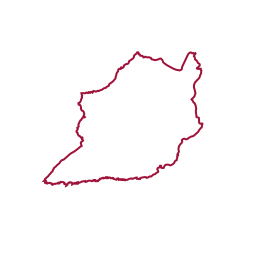 outline of Emni Haili, Debub, Eritrea, rotated 52°
{"feature_id": "51966322B75745826178298", "entity_name": "Emni Haili", "entity_type": "district", "adm_level": 2, "iso_a3": "ERI", "parent_name": "Eritrea", "parent_adm1": "Debub", "projection": "equal_earth", "projection_center": [38.709, 14.717], "detail": "fine", "context": "isolated", "style": "outline", "palette": "rose", "viewbox_px": 256, "rotation_deg": 52, "n_neighbors": 0, "source": "geoboundaries", "source_scale": "gbopen_adm2", "svg_char_len": 5874}
<svg xmlns="http://www.w3.org/2000/svg" viewBox="0 0 256 256"><g transform="rotate(52 128 128)"><path d="M181.4,124.6L180.3,122.1L180.1,121.6L180.2,121.1L180.8,119.9L181.9,118.6L183.3,117.9L183.9,116.7L184.1,114.5L183.9,112.9L183.1,111.6L183.0,111.1L183.2,110.1L183.2,109.2L182.5,108.7L182.1,107.7L180.6,106.8L180.5,106.4L180.5,105.4L180.0,105.1L179.3,105.4L179.1,105.2L178.3,103.1L177.9,102.4L175.8,101.3L173.9,99.4L172.9,96.3L172.8,95.1L172.4,94.0L171.7,93.4L170.7,93.0L170.5,92.0L170.7,91.0L171.1,90.2L172.7,89.2L173.1,88.3L173.3,87.3L173.1,86.8L173.7,83.3L174.0,82.9L174.5,81.7L174.6,80.8L174.3,75.7L174.1,74.6L173.5,73.5L172.9,70.8L172.9,69.5L171.8,68.5L170.6,66.8L170.1,66.8L169.3,68.2L168.1,68.8L166.5,68.0L166.0,67.4L164.9,66.8L164.4,66.3L163.5,65.9L162.0,67.0L161.2,67.2L160.6,66.5L158.7,65.6L156.4,64.1L154.6,62.2L151.5,60.7L151.0,60.7L149.8,60.2L148.1,60.6L145.8,60.1L145.1,60.4L144.5,60.3L144.2,57.0L143.7,55.6L143.2,55.2L142.5,53.9L141.3,52.9L140.8,52.9L138.4,51.7L137.1,51.3L136.0,50.6L134.5,49.3L133.3,46.9L132.4,40.9L131.1,39.0L129.8,36.6L129.0,36.0L127.9,34.8L127.1,34.9L126.1,34.2L124.9,36.0L123.9,37.0L123.4,37.0L123.2,36.8L123.2,36.1L123.3,35.7L123.1,33.3L122.0,32.3L121.2,32.3L119.9,32.8L117.4,32.4L116.5,32.5L115.7,32.9L115.1,32.8L113.2,31.8L112.0,31.9L111.8,31.7L111.4,30.9L111.3,29.8L111.0,29.3L110.8,28.9L110.4,28.9L110.4,29.7L110.1,30.3L109.1,30.4L108.7,31.4L107.4,31.8L107.0,32.2L106.7,32.9L106.7,34.2L107.0,35.4L113.1,47.6L114.8,49.5L114.8,50.6L114.2,52.2L113.1,52.9L111.9,54.1L109.4,55.6L102.8,58.5L99.6,59.5L98.3,59.7L97.6,59.7L95.6,59.1L93.4,59.4L93.0,60.1L92.6,61.8L91.3,64.8L88.3,67.1L86.8,66.8L86.0,67.5L85.2,67.8L84.6,68.8L83.8,69.7L82.4,70.5L82.2,72.1L81.8,72.3L80.1,72.2L78.6,73.8L78.0,73.5L77.2,73.5L76.8,74.1L76.4,74.2L75.3,73.4L74.7,73.4L74.1,74.0L74.4,75.1L74.6,76.9L74.6,78.4L76.0,80.1L76.3,81.2L76.0,86.2L76.8,86.9L77.1,87.5L77.3,88.5L76.9,89.6L76.5,90.1L76.2,92.3L76.4,93.0L77.2,93.7L77.4,95.0L77.0,95.8L76.6,95.7L76.2,95.8L76.0,96.2L76.3,96.6L76.6,96.7L77.0,97.5L75.9,98.5L75.9,99.4L76.1,99.8L77.2,100.9L77.6,102.6L78.1,103.6L79.7,105.4L79.9,106.1L81.0,107.0L81.3,107.7L82.0,111.0L82.0,114.0L81.8,115.5L82.3,116.4L82.9,117.1L82.9,117.4L82.5,119.1L82.4,119.7L82.7,120.4L82.6,121.0L81.9,122.4L81.8,124.9L81.2,126.5L80.9,128.0L80.7,128.5L80.0,129.1L79.8,130.3L79.3,131.2L77.8,132.1L77.6,132.6L77.6,133.1L78.1,133.6L78.3,134.3L76.8,134.8L76.7,135.3L77.0,136.0L76.9,136.4L75.6,136.7L75.5,137.0L75.9,137.7L75.8,138.1L74.5,138.9L74.2,140.5L72.8,142.0L71.9,143.3L73.0,143.9L74.4,144.2L74.9,145.2L75.8,145.5L76.5,147.2L77.4,148.3L78.2,150.0L78.2,150.8L77.8,151.6L78.2,152.0L79.2,152.5L80.2,151.7L81.0,151.6L82.3,152.1L83.2,152.6L83.7,153.2L84.7,153.5L85.9,153.6L86.7,153.0L88.1,153.0L90.0,153.8L90.4,154.2L90.6,155.0L91.0,155.3L92.8,155.2L92.7,156.1L91.7,156.8L91.7,157.3L92.3,158.0L92.4,159.3L92.8,160.0L92.7,160.8L93.5,162.9L94.1,163.6L94.7,165.0L96.3,165.8L96.5,166.1L96.6,167.6L96.7,168.0L97.0,168.0L97.5,167.9L98.2,168.7L98.6,170.3L98.8,170.6L99.8,171.0L100.5,170.6L101.2,171.1L101.6,171.1L102.3,171.5L104.0,171.5L104.5,171.0L104.9,170.9L106.4,171.1L106.7,170.9L107.0,170.0L107.4,169.8L107.8,169.9L108.1,170.8L108.6,171.2L109.6,171.0L110.2,171.1L110.3,173.9L110.8,174.5L111.8,174.8L112.3,175.2L113.6,175.5L113.4,177.1L113.5,179.5L113.5,183.8L113.3,185.7L112.8,189.0L113.3,198.1L112.7,199.8L112.7,201.0L112.9,202.1L113.5,203.7L113.6,206.8L113.9,208.3L113.9,210.7L114.5,211.9L114.7,212.9L115.6,213.9L115.8,216.3L116.1,216.9L116.5,219.7L116.9,220.6L116.9,222.9L117.1,223.3L117.1,224.7L117.9,226.0L118.0,226.7L118.9,225.5L119.4,226.5L120.2,227.1L120.4,226.9L120.3,225.7L120.6,225.5L121.1,225.7L121.4,226.3L121.9,226.1L122.4,224.5L122.9,223.6L123.6,223.0L124.0,223.1L124.3,222.9L124.6,222.3L124.8,222.2L125.9,222.7L126.3,222.5L126.4,220.8L126.7,220.2L127.2,219.9L127.3,219.2L127.8,218.6L128.0,217.7L128.3,217.3L128.2,216.5L128.6,216.2L128.8,216.2L129.1,216.8L129.4,216.5L129.3,215.1L128.9,214.5L129.0,214.1L129.9,213.5L130.5,212.5L132.0,211.8L132.5,211.9L132.7,212.6L133.0,212.6L134.5,211.2L134.8,211.3L135.5,212.3L135.6,211.9L135.4,211.2L135.4,210.8L135.3,210.4L134.9,210.0L134.6,209.1L134.7,208.5L134.9,208.3L135.0,208.0L134.8,207.6L135.4,207.3L135.5,207.0L135.6,206.5L136.3,205.9L137.5,205.8L137.7,206.0L137.8,206.6L138.1,206.8L138.4,203.8L138.6,203.6L139.3,204.0L140.5,202.5L139.4,202.5L139.4,202.0L139.9,200.6L140.2,200.6L140.7,201.0L141.0,200.6L141.3,199.4L141.7,198.5L141.8,197.1L142.3,196.6L142.7,195.6L143.3,194.7L143.5,194.1L143.8,194.1L144.0,194.8L144.3,194.7L144.9,193.5L145.0,192.0L145.3,191.4L146.6,189.8L147.5,189.4L148.0,188.5L148.0,188.0L147.7,187.5L148.3,186.4L148.6,186.1L148.8,186.7L149.0,186.8L149.8,186.5L150.3,185.9L150.8,184.7L151.4,184.5L151.4,184.1L151.0,183.8L150.9,183.5L151.3,182.4L151.2,181.9L150.8,181.7L150.7,181.3L151.3,180.7L151.4,179.4L151.8,178.4L152.1,178.0L152.6,178.3L153.3,176.9L153.1,175.8L153.2,175.5L153.5,175.3L154.3,175.7L154.6,175.6L154.4,174.3L155.4,174.3L155.5,174.0L155.5,173.2L155.8,172.9L156.3,172.5L156.8,172.3L157.1,172.4L157.5,171.8L157.7,171.0L158.4,170.4L159.1,170.8L161.6,169.0L161.5,168.4L161.2,167.8L161.2,167.4L161.9,166.6L162.4,166.6L163.2,167.2L163.4,166.8L163.6,165.7L163.9,165.2L164.4,165.2L164.7,165.4L165.0,165.1L164.6,164.5L165.0,163.7L165.7,164.0L166.4,162.4L166.7,162.5L166.9,162.9L167.5,162.4L167.5,161.7L168.3,160.6L169.0,157.9L169.9,156.3L170.6,156.1L170.9,155.5L172.1,152.0L172.4,151.6L173.5,152.3L173.7,152.2L173.9,151.6L174.7,151.2L174.9,150.5L175.6,149.9L175.0,149.0L176.4,146.0L177.3,144.6L178.2,143.9L178.7,144.0L179.2,143.0L179.6,140.5L180.4,139.7L180.5,139.4L180.3,137.2L180.5,136.1L181.0,135.3L180.8,133.1L181.2,131.8L181.2,131.3L180.6,130.8L178.6,130.3L178.2,129.9L177.9,129.3L178.0,128.6L178.5,127.4L177.8,126.6L177.5,126.2L177.5,125.8L178.0,125.3L178.5,125.3L179.5,126.2L180.1,126.1L181.4,124.6Z" fill="none" stroke="#9f1239" stroke-width="2"/></g></svg>